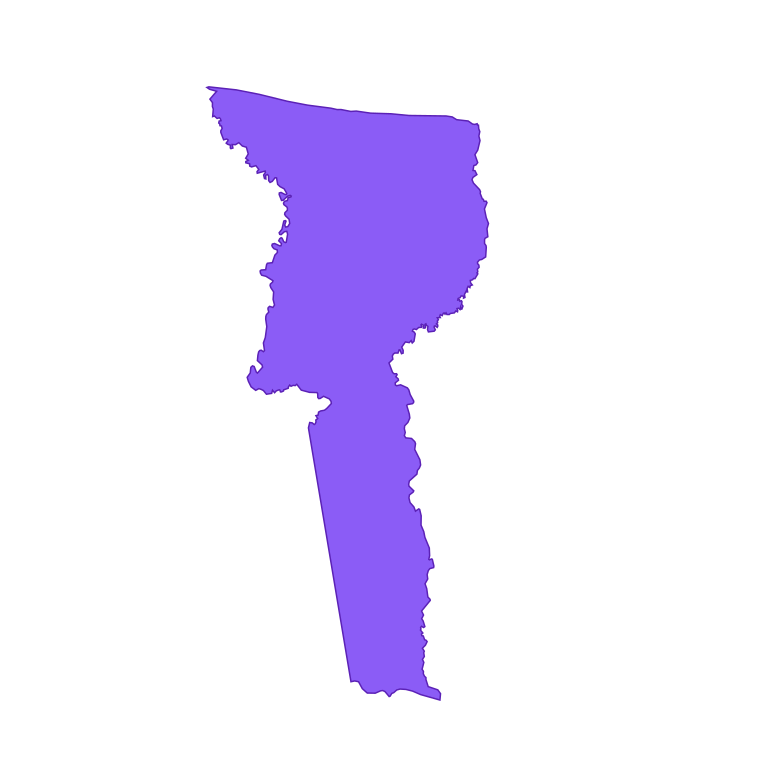 Esparta, Atlántida, Honduras, rotated 351°
{"feature_id": "27666195B38540325718950", "entity_name": "Esparta", "entity_type": "district", "adm_level": 2, "iso_a3": "HND", "parent_name": "Honduras", "parent_adm1": "Atlántida", "projection": "natural_earth1", "projection_center": [-87.238, 15.629], "detail": "fine", "context": "isolated", "style": "filled", "palette": "violet", "viewbox_px": 768, "rotation_deg": 351, "n_neighbors": 0, "source": "geoboundaries", "source_scale": "gbopen_adm2", "svg_char_len": 6152}
<svg xmlns="http://www.w3.org/2000/svg" viewBox="0 0 768 768"><g transform="rotate(351 384 384)"><path d="M389.8,704.9L391.4,698.7L389.3,694.5L380.3,689.8L379.2,682.5L379.5,680.5L378.3,679.0L377.5,676.4L378.0,674.0L377.0,671.7L379.8,665.2L378.9,662.0L381.2,659.5L381.2,655.7L382.0,654.2L380.6,651.0L384.1,648.4L386.3,645.2L385.6,643.8L384.1,642.9L383.4,639.0L382.0,638.5L381.9,636.9L383.4,636.0L381.5,632.7L382.2,631.8L382.0,630.4L383.1,629.2L385.0,630.7L386.4,630.0L385.6,624.2L384.5,621.7L386.9,618.4L385.6,614.1L395.8,605.0L395.8,603.9L394.0,601.2L394.2,592.9L393.3,587.7L396.7,583.4L396.8,579.0L398.6,575.2L400.4,573.5L404.3,573.1L404.8,571.6L404.3,564.7L403.5,564.2L401.4,564.8L400.8,564.2L402.2,560.8L403.1,553.1L400.4,541.8L400.2,536.1L398.5,529.2L400.1,520.0L399.6,513.5L398.8,512.8L395.2,514.5L394.3,510.1L391.2,505.2L390.8,500.4L391.8,497.5L395.8,495.4L396.7,494.2L392.7,488.8L392.7,486.8L393.9,483.7L402.4,478.2L403.5,474.6L405.8,472.5L407.5,469.7L407.6,464.5L404.1,453.4L405.8,447.9L405.4,445.8L402.7,442.1L397.1,440.6L396.0,438.3L397.4,435.2L397.1,431.3L397.9,428.5L401.6,425.7L404.2,421.6L404.3,417.8L403.1,408.7L404.0,408.0L409.1,407.9L410.3,407.0L410.7,405.6L408.2,398.5L407.6,393.7L406.5,391.5L400.3,387.4L396.2,387.7L395.1,386.8L395.3,384.6L398.9,382.6L398.8,381.1L396.8,378.7L398.4,376.9L398.0,375.8L395.6,375.5L394.3,374.0L392.2,364.0L396.6,360.9L396.6,357.7L397.9,355.9L399.5,355.1L402.7,355.6L404.3,352.6L405.1,352.8L406.0,356.8L407.7,356.5L408.2,353.8L407.3,350.3L411.7,345.8L415.4,347.1L417.6,345.4L418.3,347.9L420.3,346.5L422.7,339.4L422.0,337.5L420.3,336.2L421.3,334.6L422.7,334.4L424.5,335.3L427.1,333.6L429.8,333.9L430.3,333.3L429.8,331.3L430.4,330.8L432.3,332.2L431.6,334.9L433.2,335.2L433.9,334.6L433.9,331.5L434.8,331.1L435.2,332.8L436.4,333.9L435.5,337.1L436.0,339.5L441.8,339.7L443.2,338.5L442.4,335.8L442.8,334.7L443.7,334.6L445.4,336.4L446.2,335.3L446.3,334.0L445.2,332.8L446.6,331.8L446.5,330.1L447.8,329.0L447.0,326.9L450.0,327.2L449.6,325.9L450.5,324.3L452.2,325.6L453.7,323.4L454.6,323.3L455.2,324.6L456.4,323.4L457.0,325.2L459.2,325.6L460.7,324.7L464.6,324.8L466.4,323.1L467.9,324.2L468.3,323.2L467.9,320.9L469.5,320.8L470.7,322.3L471.7,319.9L472.0,322.1L472.6,322.2L474.2,319.4L473.2,317.5L473.9,314.8L473.5,313.9L471.9,314.1L471.7,312.6L470.0,312.6L470.6,311.1L472.7,310.6L473.9,309.1L476.4,309.7L476.0,311.6L477.5,311.2L477.5,308.1L480.0,304.7L480.3,306.0L481.0,306.1L481.0,302.7L482.4,300.7L483.9,302.2L484.6,300.4L486.7,300.0L485.4,297.8L485.4,295.2L487.9,294.9L488.9,293.8L490.3,294.2L493.9,289.9L493.2,288.8L494.2,287.9L494.2,285.2L496.2,283.6L496.3,281.4L495.3,279.8L495.4,278.3L497.7,276.4L500.0,276.3L504.3,274.4L506.4,265.0L506.4,263.2L505.3,261.0L505.9,257.2L506.6,255.9L509.6,254.8L510.0,246.8L512.3,241.9L511.0,235.6L510.6,226.8L514.1,221.0L513.5,219.4L511.4,219.2L511.0,217.1L510.1,216.7L508.8,210.7L509.4,209.2L508.8,206.9L503.8,199.6L502.9,196.0L504.1,193.9L508.5,191.7L507.2,187.5L505.3,187.0L506.9,182.3L509.1,182.0L511.2,180.0L509.7,171.7L513.2,167.6L516.9,158.6L516.5,153.9L518.1,149.7L517.5,146.7L517.8,143.1L516.8,142.7L516.7,141.5L514.2,141.8L512.1,141.1L508.3,137.4L497.1,134.3L493.2,130.9L487.3,129.0L450.7,122.7L433.2,118.2L413.2,114.4L399.3,110.1L393.9,109.6L384.5,106.2L380.6,105.6L374.8,103.3L352.1,96.6L332.7,89.6L306.1,78.4L284.2,70.4L257.5,63.1L255.5,63.4L257.8,65.6L264.5,68.7L256.6,75.4L258.6,79.3L257.9,83.1L258.4,85.7L256.6,93.1L258.4,92.8L260.7,95.6L263.1,95.3L263.9,96.4L264.2,98.4L262.3,98.5L261.6,100.4L262.5,101.6L262.4,103.2L263.8,103.7L264.1,106.3L262.4,108.4L262.2,110.0L263.8,117.7L266.9,117.4L268.1,118.3L268.0,119.2L265.8,121.4L267.1,122.8L269.7,124.1L269.1,126.8L269.6,127.6L271.7,127.3L271.5,123.7L274.7,124.4L278.4,122.9L281.3,126.8L285.1,128.6L285.9,135.5L282.7,139.4L284.9,141.8L282.3,142.6L282.1,143.9L285.7,145.5L285.5,147.8L287.2,148.9L291.6,148.3L293.9,152.4L291.8,154.4L291.8,156.0L299.9,155.1L300.0,156.4L297.8,158.7L298.1,162.4L299.4,163.0L299.8,159.3L301.8,158.9L302.5,160.5L301.9,165.1L303.0,167.1L305.3,166.4L308.7,163.2L310.1,163.6L310.2,170.2L312.2,172.8L315.9,175.6L317.8,180.6L317.3,181.4L316.0,181.4L312.3,178.7L310.5,178.9L310.1,180.4L311.5,186.7L313.2,186.7L318.2,183.4L320.9,183.0L321.8,183.9L321.3,184.7L318.5,185.0L317.2,187.7L314.2,188.0L313.0,189.7L313.2,191.2L315.7,193.9L316.1,195.1L315.7,197.3L313.0,199.2L312.4,200.8L313.0,202.5L316.0,206.4L316.0,210.7L313.6,213.5L311.5,213.6L310.8,211.5L312.7,207.8L312.0,207.1L310.5,207.4L307.4,215.2L304.1,218.2L304.4,219.9L305.7,220.4L309.5,218.0L311.9,218.0L312.2,221.0L309.6,228.7L308.7,228.9L307.2,227.8L306.2,224.1L305.3,223.4L303.7,224.2L302.4,226.1L304.7,229.3L303.9,231.3L302.6,231.2L297.9,228.1L295.6,228.3L294.9,229.7L295.3,231.3L296.5,233.2L299.5,234.9L299.3,237.4L296.4,239.6L292.7,246.7L287.7,246.5L286.7,247.7L285.0,252.6L280.5,252.2L279.3,253.0L279.3,255.2L280.2,257.4L284.3,259.2L290.5,264.6L289.9,265.9L287.4,267.5L286.9,268.9L287.3,271.2L289.4,275.8L287.7,283.1L288.2,288.9L286.2,291.0L283.2,289.4L281.6,290.4L281.1,291.7L281.4,295.0L278.8,297.0L277.9,298.7L277.3,301.4L277.2,309.0L274.0,319.6L271.3,324.6L271.2,332.3L269.9,333.2L268.0,331.4L266.5,331.5L265.2,332.7L264.0,335.7L262.6,341.1L266.5,346.0L266.7,348.4L260.7,353.4L259.8,352.4L258.5,346.4L256.9,345.5L255.1,346.7L253.6,352.2L249.9,356.0L250.5,360.2L252.3,366.0L256.3,370.2L259.7,369.0L261.8,370.1L263.9,371.6L266.3,375.7L271.6,375.7L272.9,372.7L274.6,375.5L276.6,373.9L279.6,373.3L280.2,373.7L280.5,375.6L281.5,375.8L283.6,375.2L284.0,374.1L288.8,373.2L289.0,372.1L290.7,370.3L291.8,371.7L294.1,371.1L296.1,371.7L297.8,370.6L301.3,377.1L309.1,380.6L316.5,382.0L317.0,383.1L316.5,386.9L317.2,388.2L318.7,388.3L322.4,386.7L327.7,390.2L329.0,392.9L328.9,395.1L323.6,399.2L321.1,400.6L317.2,400.7L315.0,401.5L314.0,404.4L311.8,404.6L313.1,407.8L311.0,408.9L310.9,410.8L309.9,412.5L308.7,413.1L307.1,411.2L304.6,410.4L302.5,415.5L304.8,672.9L308.6,672.7L312.3,674.1L314.9,681.5L319.1,686.6L327.0,688.0L332.8,686.5L334.9,686.6L336.9,688.0L340.2,693.5L341.2,693.3L343.3,690.8L345.3,690.4L348.7,688.2L352.1,687.8L357.9,689.1L364.2,691.8L371.6,696.5L389.8,704.9Z" fill="#8b5cf6" stroke="#5b21b6" stroke-width="1.5"/></g></svg>